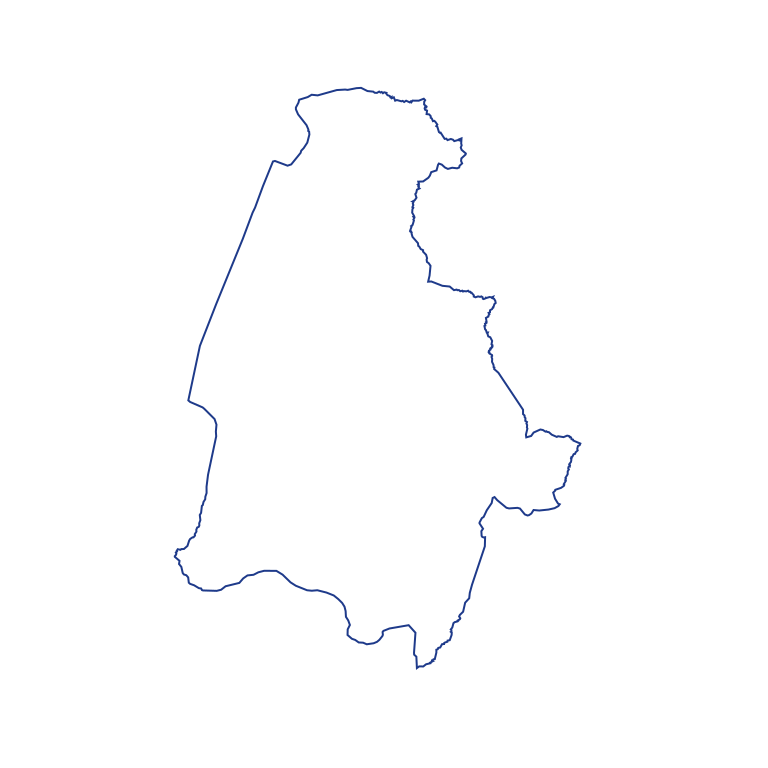 Sawla-tuna-kalba, Northern, Ghana, rotated 299°
{"feature_id": "2480657B66384530229883", "entity_name": "Sawla-tuna-kalba", "entity_type": "district", "adm_level": 2, "iso_a3": "GHA", "parent_name": "Ghana", "parent_adm1": "Northern", "projection": "orthographic", "projection_center": [-2.328, 9.481], "detail": "fine", "context": "isolated", "style": "outline", "palette": "blue", "viewbox_px": 768, "rotation_deg": 299, "n_neighbors": 0, "source": "geoboundaries", "source_scale": "gbopen_adm2", "svg_char_len": 6166}
<svg xmlns="http://www.w3.org/2000/svg" viewBox="0 0 768 768"><g transform="rotate(299 384 384)"><path d="M328.1,204.5L274.8,220.8L274.3,223.2L275.6,236.7L275.2,238.8L271.2,252.8L267.2,257.2L260.9,260.0L256.9,262.6L219.3,274.1L208.1,278.6L202.6,281.7L198.8,282.4L196.5,283.5L193.4,283.3L190.3,284.2L189.1,283.8L182.6,286.5L180.1,286.4L175.9,289.4L172.6,289.9L170.7,291.1L169.2,291.2L167.9,290.2L165.5,290.5L164.0,291.5L160.9,291.3L159.8,292.2L157.5,291.7L157.1,290.9L154.5,289.6L152.6,289.5L147.1,290.6L142.7,289.0L141.3,286.7L140.3,286.4L139.5,283.7L137.3,283.6L137.1,284.1L135.6,283.7L135.2,284.5L133.9,284.9L131.9,284.5L131.4,284.9L130.2,290.9L127.2,292.0L125.8,295.4L121.1,299.6L120.4,301.3L120.9,303.8L119.9,306.5L115.6,309.6L115.2,311.3L115.9,315.5L115.7,321.1L116.5,323.2L115.5,324.7L115.7,325.8L122.0,338.0L125.1,341.3L130.3,343.5L139.9,353.9L145.7,355.1L150.4,357.4L153.9,362.4L158.4,365.4L162.5,369.7L168.4,380.5L168.1,387.7L165.2,398.4L164.8,404.7L166.3,416.7L168.2,421.1L171.3,425.7L173.7,434.8L174.7,442.6L173.7,448.3L172.2,453.6L170.1,457.4L166.8,460.5L161.9,463.6L159.9,467.3L156.7,471.0L151.8,471.2L146.8,473.8L145.6,479.5L146.2,482.9L145.7,487.2L147.6,491.1L148.0,495.1L152.2,500.6L155.1,502.9L158.0,504.0L162.8,504.8L164.1,504.6L166.4,503.0L167.8,503.2L172.8,507.3L185.0,522.5L181.7,532.1L163.4,540.6L161.9,541.6L161.2,544.5L151.5,550.5L154.1,551.7L156.0,555.3L159.3,556.7L162.2,559.9L162.6,559.4L164.9,560.9L164.7,560.2L165.4,560.0L165.5,560.5L167.2,560.7L168.0,561.8L174.5,560.0L177.0,558.6L178.1,559.6L179.5,559.4L180.8,560.9L184.6,560.9L185.7,562.6L186.5,562.2L187.4,562.6L189.3,564.4L190.4,564.0L191.8,565.7L197.3,564.8L199.4,563.8L199.6,562.7L200.2,563.0L201.5,562.2L201.7,561.4L204.1,561.8L208.5,560.7L210.0,561.3L212.1,563.5L212.8,563.7L213.0,563.2L215.1,564.4L216.1,564.3L217.1,562.4L218.8,562.3L223.2,563.6L232.1,561.0L237.9,562.4L242.9,560.3L251.1,558.3L290.9,550.9L299.0,546.7L298.1,545.6L297.9,544.1L298.5,543.0L302.5,540.5L305.4,540.8L308.4,535.1L309.2,534.7L314.1,534.6L316.1,535.6L323.4,535.1L332.1,535.9L337.0,534.3L338.7,535.5L337.3,539.3L335.1,551.1L335.8,553.7L340.4,560.8L341.0,563.3L338.2,570.4L338.6,573.3L339.6,574.4L342.2,575.7L346.3,575.9L348.6,581.1L353.9,588.7L358.1,593.4L361.8,595.7L364.0,596.0L363.8,594.2L366.6,589.2L371.1,584.6L373.7,585.4L374.5,585.1L379.0,589.2L382.1,590.7L383.2,590.6L383.5,589.8L387.5,590.0L387.8,589.1L389.3,589.1L389.8,588.2L394.1,588.4L396.7,587.0L398.9,587.1L399.3,586.2L400.7,585.6L402.2,585.8L402.1,586.4L403.1,586.1L403.6,584.9L406.5,585.3L408.6,584.6L409.4,583.7L410.3,584.0L410.7,583.3L411.9,584.0L414.6,583.9L415.6,585.0L417.1,584.7L419.8,585.6L420.9,584.5L423.8,583.7L425.3,584.8L427.1,584.6L426.3,577.0L427.0,576.3L426.6,574.8L427.9,573.6L428.1,572.6L427.5,572.2L428.2,571.0L427.6,569.2L424.6,566.8L422.7,561.6L421.5,560.8L421.0,555.3L421.8,551.5L421.2,550.0L421.4,549.0L420.6,548.3L420.8,545.3L420.0,542.8L414.1,538.4L409.9,537.9L406.3,534.3L408.5,532.7L414.6,531.0L415.2,530.1L417.5,529.1L418.5,527.7L420.1,527.5L420.3,525.4L422.7,524.3L423.1,523.2L424.6,522.2L425.1,520.2L428.9,518.1L449.3,478.6L450.5,473.1L451.9,472.6L451.8,471.8L453.7,470.6L455.8,467.7L458.5,466.4L459.8,464.9L461.0,465.0L461.7,464.4L461.8,461.4L462.5,460.1L463.2,459.9L463.3,460.4L464.1,459.7L465.6,460.4L466.1,459.8L467.0,459.8L467.2,460.5L469.1,460.8L469.3,460.1L470.5,460.1L470.8,458.8L474.1,457.7L476.4,454.3L476.2,452.1L478.2,450.0L479.4,449.9L478.8,448.9L480.6,447.0L480.8,446.0L483.4,443.7L484.3,444.3L485.7,443.1L487.0,443.9L487.6,443.2L488.1,443.6L491.2,441.1L493.6,442.6L494.7,442.1L496.1,442.4L496.9,441.0L498.1,441.9L499.9,441.0L501.9,442.2L503.9,442.1L504.0,442.5L507.4,441.8L509.0,442.4L510.7,441.0L511.9,438.9L511.6,437.2L513.1,437.1L512.0,436.2L511.2,434.1L508.9,431.9L508.9,431.3L508.2,431.3L506.6,430.0L506.5,429.1L507.7,428.1L507.8,426.7L506.8,425.8L506.2,423.8L504.2,422.0L504.0,420.1L505.1,419.6L506.3,416.3L505.9,415.7L506.5,414.8L505.9,413.9L506.4,412.4L505.0,411.2L503.9,408.7L503.2,408.3L503.6,407.3L502.1,405.7L502.5,404.0L501.6,402.7L501.8,401.8L500.0,399.7L501.1,394.2L498.2,387.5L496.6,375.7L494.9,373.0L500.9,371.3L509.9,367.4L511.3,364.6L511.6,362.4L513.4,361.0L514.9,360.7L517.4,358.2L518.7,354.0L520.0,353.3L519.8,350.7L521.3,348.2L521.4,347.0L523.6,345.5L526.5,337.6L528.9,335.2L529.9,334.8L530.1,333.2L530.7,333.4L530.9,332.5L535.1,331.8L535.3,331.2L537.0,331.9L541.5,330.9L542.0,330.0L543.8,330.0L544.4,328.8L544.9,329.5L545.4,329.0L547.5,325.6L550.7,324.1L552.3,324.2L552.5,323.1L554.8,322.9L555.6,321.8L557.7,321.5L557.5,320.5L559.7,321.8L562.7,322.1L565.3,319.3L566.9,319.5L569.9,318.6L572.2,320.2L572.4,319.2L573.8,318.7L573.6,318.2L574.6,317.9L574.8,316.9L575.9,317.6L577.6,315.9L580.1,320.0L585.9,322.8L588.5,323.1L592.2,322.6L596.3,326.4L601.9,325.0L603.4,325.1L603.9,328.2L602.9,332.4L603.1,335.6L606.2,338.8L608.1,343.4L609.8,344.8L611.6,344.3L614.8,345.4L616.4,343.3L618.8,342.3L624.3,344.1L625.3,343.8L626.4,338.4L628.0,336.5L630.4,336.2L631.8,334.9L636.4,332.7L634.3,331.0L633.6,331.8L633.3,330.5L630.5,327.7L631.1,325.9L630.7,323.7L628.1,321.3L628.8,319.6L627.8,318.2L631.3,311.7L630.8,311.4L631.0,309.9L634.8,306.0L634.9,304.7L636.7,304.9L638.3,301.6L638.5,300.3L637.6,299.4L639.4,297.1L639.5,295.8L640.9,295.0L641.7,292.8L640.7,290.4L644.0,289.1L643.8,286.9L644.8,285.9L645.9,285.7L646.4,286.9L647.3,286.7L647.9,283.6L650.4,282.3L652.2,282.4L652.8,280.5L648.6,277.0L645.7,271.6L644.0,271.4L644.5,270.7L644.2,270.3L642.8,270.1L642.5,266.0L640.4,264.9L640.7,263.1L639.7,262.2L638.6,257.6L637.2,256.4L639.5,253.6L637.5,252.1L637.9,251.1L638.5,251.1L637.9,250.5L638.7,249.4L638.3,247.0L639.2,244.9L639.8,244.9L639.2,242.7L637.8,242.1L638.3,240.4L637.2,239.6L637.4,238.0L635.2,236.7L634.2,234.6L634.5,232.9L632.2,227.5L631.9,220.4L629.4,216.5L623.6,209.6L622.7,207.3L618.2,200.2L604.3,186.1L601.9,180.5L598.0,178.2L591.5,172.0L588.6,172.8L583.1,172.9L581.5,173.8L578.2,178.1L572.8,190.8L569.9,194.5L568.6,195.0L568.5,196.1L566.0,197.8L557.9,199.9L551.3,199.4L547.9,198.5L545.7,199.0L531.1,196.4L528.2,193.8L526.2,180.5L524.8,179.0L498.4,182.2L475.8,185.7L470.2,186.0L442.7,190.1L372.4,198.5L328.1,204.5Z" fill="none" stroke="#1e3a8a" stroke-width="2"/></g></svg>